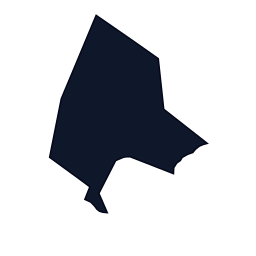 São Gonçalo do Piauí, Piauí, Brazil (orthographic projection), rotated 296°
{"feature_id": "56859067B82195186929840", "entity_name": "São Gonçalo do Piauí", "entity_type": "district", "adm_level": 2, "iso_a3": "BRA", "parent_name": "Brazil", "parent_adm1": "Piauí", "projection": "orthographic", "projection_center": [-42.679, -6.018], "detail": "fine", "context": "isolated", "style": "filled", "palette": "ink", "viewbox_px": 256, "rotation_deg": 296, "n_neighbors": 0, "source": "geoboundaries", "source_scale": "gbopen_adm2", "svg_char_len": 557}
<svg xmlns="http://www.w3.org/2000/svg" viewBox="0 0 256 256"><g transform="rotate(296 128 128)"><path d="M98.8,62.1L67.3,70.4L60.1,110.6L58.4,119.5L44.9,120.5L45.1,127.0L43.1,132.4L41.4,135.6L40.7,138.9L41.2,142.2L42.8,146.5L56.5,130.5L93.3,131.2L99.8,136.8L101.7,139.7L103.1,142.6L106.9,188.9L112.4,186.5L118.0,187.2L121.7,189.3L125.3,189.6L130.4,193.1L134.4,197.0L138.3,197.9L143.0,200.1L146.0,202.7L148.9,206.0L160.5,151.9L203.6,124.8L208.4,95.1L215.3,50.0L153.6,53.6L125.1,55.2L98.8,62.1Z" fill="#0f172a" stroke="#020617" stroke-width="1.5"/></g></svg>